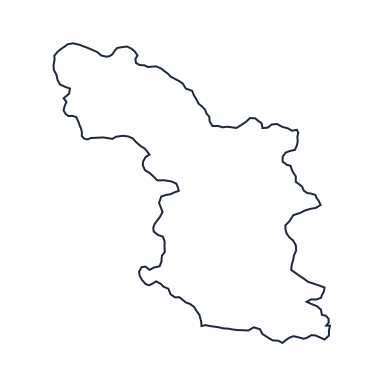 Cachoeira de Minas, Minas Gerais, Brazil (Albers equal-area conic projection), rotated 85°
{"feature_id": "56859067B68641329278226", "entity_name": "Cachoeira de Minas", "entity_type": "district", "adm_level": 2, "iso_a3": "BRA", "parent_name": "Brazil", "parent_adm1": "Minas Gerais", "projection": "albers", "projection_center": [-45.796, -22.373], "detail": "fine", "context": "isolated", "style": "outline", "palette": "slate", "viewbox_px": 384, "rotation_deg": 85, "n_neighbors": 0, "source": "geoboundaries", "source_scale": "gbopen_adm2", "svg_char_len": 3099}
<svg xmlns="http://www.w3.org/2000/svg" viewBox="0 0 384 384"><g transform="rotate(85 192 192)"><path d="M334.9,148.0L332.2,142.2L334.6,136.3L339.5,134.3L343.5,129.2L346.8,124.7L347.7,118.8L350.2,115.2L347.5,111.1L345.5,107.4L344.5,103.5L345.9,98.9L347.9,93.7L347.2,90.0L345.0,85.5L345.7,81.4L347.7,77.8L350.5,72.9L347.0,68.1L341.6,67.6L337.2,66.2L336.8,69.9L334.1,67.3L330.1,67.0L327.0,69.5L325.7,73.3L320.5,73.8L316.5,77.6L314.1,82.5L311.4,87.4L309.4,82.9L309.9,77.6L308.7,72.8L305.6,71.3L302.7,69.3L298.7,68.3L296.0,74.0L294.0,78.6L291.7,84.1L288.1,88.1L285.1,92.0L281.8,95.8L278.3,100.0L272.9,98.9L268.2,97.0L263.8,95.8L259.5,93.4L254.2,93.2L249.3,95.4L245.2,99.3L241.1,101.5L237.1,102.1L233.3,101.9L229.8,97.6L223.9,93.1L222.2,85.8L220.2,80.9L219.1,75.3L218.6,70.0L216.2,65.0L212.2,66.4L209.1,68.3L205.7,69.4L204.0,73.4L203.1,77.3L200.4,80.5L196.4,81.8L193.8,84.4L190.9,87.7L185.5,87.2L181.5,89.5L177.8,90.8L174.5,91.5L173.2,95.2L169.6,99.1L164.8,98.6L161.0,95.4L159.7,91.2L159.0,85.8L154.5,83.4L150.8,82.3L145.9,82.2L142.5,80.9L139.2,82.1L139.7,87.0L136.8,91.2L135.0,96.4L131.7,101.3L131.7,106.8L134.5,111.0L134.5,116.2L129.7,116.6L127.3,119.4L124.1,122.7L123.4,127.8L126.7,131.9L129.8,137.6L132.1,142.1L130.9,147.2L130.0,151.7L130.3,155.6L128.5,160.2L128.0,165.9L123.4,168.2L118.5,168.3L114.9,170.8L111.1,171.8L107.8,174.5L104.5,177.8L99.5,179.8L95.8,181.7L91.3,183.0L88.4,189.2L83.4,191.6L80.4,195.1L77.3,200.0L75.4,203.0L71.9,205.8L69.6,208.5L66.2,212.1L63.7,216.8L63.6,220.9L63.7,224.8L61.6,228.5L61.0,233.0L58.6,236.5L54.5,236.8L51.3,234.4L47.2,236.6L43.9,239.9L41.4,244.1L41.6,249.4L42.0,253.9L44.4,256.6L47.6,259.0L49.5,262.1L49.7,265.7L48.1,270.5L44.3,274.3L41.1,280.0L38.9,284.3L37.3,287.7L35.5,291.4L33.5,297.7L34.0,303.0L36.0,306.1L37.6,309.2L40.5,313.5L44.2,317.3L47.7,317.3L50.9,318.1L54.2,319.0L58.5,318.9L63.8,316.7L68.7,316.2L73.4,314.1L76.3,309.0L78.3,304.5L83.4,305.9L87.4,311.7L91.3,309.2L95.7,311.6L99.5,312.8L103.1,311.2L105.5,308.6L105.7,304.7L107.2,300.8L111.7,299.2L116.1,298.0L119.5,296.9L123.1,296.5L126.5,296.9L129.3,295.0L130.5,291.5L129.4,287.8L129.6,283.7L129.9,275.6L131.1,270.5L132.2,266.9L130.3,262.8L130.0,255.9L131.1,250.7L133.4,246.4L137.6,243.2L141.8,239.1L144.5,235.4L148.2,232.8L151.1,231.1L153.0,235.0L157.0,237.9L161.0,238.7L166.1,237.0L169.4,232.6L173.0,229.2L177.4,225.6L177.9,218.7L179.7,211.6L182.2,207.0L185.9,205.7L189.7,205.1L190.9,209.8L192.4,213.6L192.6,217.7L193.8,223.0L200.0,225.8L205.4,224.2L209.3,223.0L214.0,226.1L218.0,229.7L220.6,232.0L224.2,233.7L228.0,233.6L231.8,229.7L234.0,224.9L239.1,223.6L244.7,224.2L249.4,224.3L253.0,227.6L258.7,228.5L263.2,230.8L263.9,236.4L265.9,241.0L262.3,244.8L262.4,248.7L266.8,251.7L270.5,251.5L275.4,249.4L279.7,246.2L281.2,242.9L279.9,239.5L277.9,235.4L280.8,231.1L283.9,228.5L286.3,224.0L292.1,222.2L295.5,218.1L295.7,213.7L298.1,211.2L301.5,207.8L303.3,203.8L306.6,200.0L311.1,197.7L314.9,195.4L321.5,194.2L326.4,194.2L325.8,190.1L327.0,186.3L328.2,181.0L329.3,176.5L330.6,172.7L331.2,168.2L332.4,163.8L333.5,158.8L334.1,153.7L334.9,148.0Z" fill="none" stroke="#1e293b" stroke-width="2"/></g></svg>